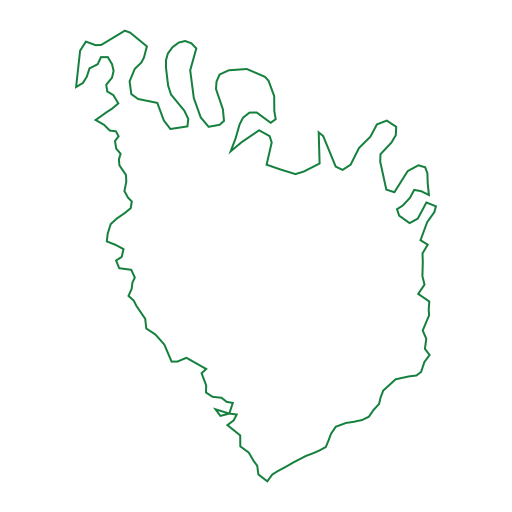 the district of Vitória das Missões, Rio Grande do Sul, Brazil
{"feature_id": "56859067B15655627874316", "entity_name": "Vitória das Missões", "entity_type": "district", "adm_level": 2, "iso_a3": "BRA", "parent_name": "Brazil", "parent_adm1": "Rio Grande do Sul", "projection": "robinson", "projection_center": [-54.476, -28.38], "detail": "fine", "context": "isolated", "style": "outline", "palette": "green", "viewbox_px": 512, "rotation_deg": 0, "n_neighbors": 0, "source": "geoboundaries", "source_scale": "gbopen_adm2", "svg_char_len": 2689}
<svg xmlns="http://www.w3.org/2000/svg" viewBox="0 0 512 512"><path d="M110.7,224.1L107.7,233.6L106.8,241.4L115.6,244.9L123.5,249.1L121.7,256.9L116.1,260.5L119.2,268.2L131.2,269.8L134.8,277.5L132.4,282.7L131.7,288.8L128.5,295.9L133.8,300.7L136.4,305.9L145.2,318.8L146.3,328.5L155.4,334.5L164.3,344.5L167.2,351.3L171.6,361.6L177.3,361.6L186.4,357.8L206.2,369.0L201.6,373.2L206.2,385.5L206.0,392.5L212.5,396.8L221.6,397.8L226.7,401.9L232.8,402.9L229.3,413.6L236.7,414.5L233.7,420.4L227.4,425.1L240.2,435.4L240.3,446.4L248.7,452.5L253.9,461.3L257.2,465.7L258.4,474.5L267.3,481.3L272.3,474.5L277.6,471.2L286.3,466.5L293.4,462.4L298.7,459.7L305.8,456.0L313.2,453.2L319.2,450.6L325.8,447.0L328.6,440.3L331.1,433.6L335.8,426.7L346.2,422.9L353.3,421.9L362.1,420.0L368.9,416.7L373.5,410.0L379.1,403.9L380.5,397.8L383.2,390.6L395.6,379.3L409.0,376.4L416.4,375.5L421.1,371.9L424.4,362.0L429.6,355.0L424.9,348.8L426.3,338.8L422.7,330.5L429.1,315.3L428.7,309.4L429.3,301.5L418.2,293.9L424.5,284.6L422.4,276.2L422.8,261.7L422.5,253.4L427.7,244.7L420.5,240.2L427.2,222.1L434.3,212.2L435.9,206.3L426.4,202.5L417.8,218.6L409.6,223.1L399.2,215.7L397.0,209.2L402.7,205.6L409.9,197.9L414.2,189.9L421.2,191.2L428.9,195.0L427.7,183.2L427.4,173.4L425.2,167.3L418.4,165.3L407.7,171.1L394.4,192.2L386.3,189.6L380.2,161.6L380.5,154.2L391.5,142.5L395.8,135.1L396.2,126.8L386.8,120.6L376.9,124.4L370.4,136.7L359.0,148.0L350.6,164.7L342.6,169.9L335.7,166.6L323.2,136.1L318.7,132.4L319.6,163.5L303.9,171.5L295.4,174.1L280.5,169.5L266.6,164.7L271.7,142.5L269.6,136.1L259.1,130.3L241.6,142.2L230.7,151.3L235.6,138.3L239.6,124.4L243.0,117.7L249.5,112.6L256.7,112.5L270.7,122.8L275.7,119.2L274.3,111.0L274.2,96.1L268.5,80.7L264.9,76.8L246.8,69.0L228.7,70.3L219.6,74.5L216.5,81.6L216.0,89.0L222.9,109.3L224.0,120.9L219.6,124.8L208.6,126.8L200.7,117.4L193.8,98.0L190.2,70.3L196.3,48.4L191.4,43.3L185.1,41.0L178.7,42.6L172.5,47.2L167.8,53.6L166.0,60.2L166.0,67.8L168.1,85.5L171.0,94.5L184.4,110.8L188.3,119.0L187.4,126.4L170.4,129.0L163.9,120.6L157.3,102.9L138.1,99.0L131.3,94.1L129.6,81.3L134.8,68.8L141.3,62.6L143.9,57.7L146.9,46.4L130.1,32.6L124.8,30.7L101.3,44.9L95.7,45.2L85.9,41.6L80.1,50.7L76.1,87.0L82.9,83.0L86.8,76.7L89.5,68.4L97.7,64.2L101.0,57.1L107.8,57.1L112.0,64.1L113.6,70.9L112.0,77.7L106.2,84.8L107.3,91.5L113.3,95.1L118.3,103.4L112.0,108.7L106.6,112.2L100.3,116.7L95.6,120.0L104.0,124.8L109.9,130.6L115.9,131.3L118.6,136.3L115.0,141.0L116.2,148.6L120.6,153.8L118.9,159.3L119.4,165.3L122.5,169.9L126.0,175.0L126.3,181.8L124.4,191.1L128.0,197.6L131.8,201.5L130.7,208.2L124.7,213.1L116.7,218.6L110.7,224.1ZM229.3,413.6L215.5,409.3L220.4,415.9L229.3,413.6Z" fill="none" stroke="#15803d" stroke-width="2"/></svg>